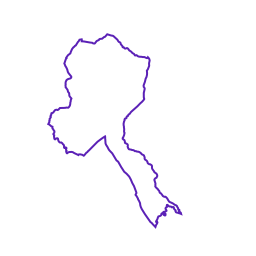 Chivatá, Boyacá, Colombia (Albers equal-area conic projection), rotated 119°
{"feature_id": "7082276B72366635379650", "entity_name": "Chivatá", "entity_type": "district", "adm_level": 2, "iso_a3": "COL", "parent_name": "Colombia", "parent_adm1": "Boyacá", "projection": "albers", "projection_center": [-73.258, 5.58], "detail": "fine", "context": "isolated", "style": "outline", "palette": "violet", "viewbox_px": 256, "rotation_deg": 119, "n_neighbors": 0, "source": "geoboundaries", "source_scale": "gbopen_adm2", "svg_char_len": 5816}
<svg xmlns="http://www.w3.org/2000/svg" viewBox="0 0 256 256"><g transform="rotate(119 128 128)"><path d="M201.3,56.0L200.7,56.1L199.5,56.4L197.3,56.3L196.3,56.5L195.9,57.0L196.1,57.4L196.5,57.6L196.4,58.0L195.5,58.2L194.4,58.1L192.8,58.2L191.8,58.5L190.6,58.5L189.4,57.3L188.5,56.8L187.9,56.8L186.7,57.2L186.1,56.9L185.8,56.4L185.9,56.0L186.0,55.6L186.4,55.2L186.7,54.5L186.7,53.7L186.6,53.3L186.3,53.0L186.0,53.0L185.1,53.4L184.8,53.8L184.9,54.4L185.3,54.9L185.1,55.7L185.3,56.3L184.9,56.4L184.1,56.2L182.8,54.7L181.7,54.2L181.2,54.7L180.5,56.0L180.1,56.2L179.7,56.3L179.0,56.2L178.4,55.7L178.1,55.7L177.6,56.0L177.2,56.4L176.4,56.6L176.2,56.4L176.1,56.1L176.5,54.8L176.6,53.9L175.9,52.3L176.1,51.0L175.9,50.8L175.4,50.5L175.2,50.3L175.2,49.5L175.9,48.9L176.6,48.1L176.9,46.6L177.1,46.3L177.8,46.1L178.4,45.2L178.3,44.7L178.3,44.2L177.9,43.1L177.9,42.5L177.5,40.9L177.4,39.9L177.0,40.3L176.7,40.5L176.3,41.4L176.4,41.8L176.8,42.5L176.7,42.6L176.4,42.8L175.8,42.9L175.8,43.3L175.7,43.4L175.1,43.2L174.7,43.5L174.8,44.4L174.8,44.6L173.7,45.5L173.0,46.9L172.5,47.4L172.3,48.4L172.5,49.5L172.2,52.5L172.5,55.9L172.4,56.4L171.4,58.3L170.6,59.5L170.1,61.1L170.0,61.5L170.1,62.3L170.5,62.7L170.6,63.2L170.6,64.4L170.4,64.9L170.0,65.6L169.2,67.5L169.2,68.7L169.0,69.1L168.4,69.6L167.9,70.2L167.6,71.3L167.1,72.0L166.8,73.5L166.5,74.0L166.5,74.6L165.9,75.8L164.8,76.2L164.4,76.6L163.7,76.8L163.2,77.1L160.7,79.7L160.3,79.9L159.4,79.9L158.5,79.6L157.7,79.0L155.9,79.1L155.5,79.3L154.9,79.8L154.1,81.0L154.0,82.4L153.8,83.6L153.4,84.0L152.2,86.6L151.8,87.2L151.1,87.8L149.6,88.6L149.1,89.4L149.0,90.5L149.0,91.1L149.4,91.8L149.3,93.0L149.2,93.5L148.9,94.0L148.3,94.5L147.7,95.4L147.5,96.0L147.3,97.9L146.8,98.6L145.6,99.2L144.8,100.2L144.3,100.7L144.2,101.3L144.3,103.3L143.8,104.3L143.5,106.3L143.8,107.7L144.3,108.7L144.3,109.4L144.6,110.3L144.9,110.8L144.7,112.0L144.9,113.0L145.3,113.8L145.4,114.9L145.8,115.8L146.1,117.0L145.4,118.3L145.0,118.6L144.7,119.1L144.5,119.3L143.9,119.4L143.5,119.6L142.8,120.1L142.5,120.6L142.4,121.5L142.5,123.1L142.4,123.5L141.2,124.3L140.4,125.2L140.3,125.6L140.3,126.4L140.1,126.7L140.1,127.3L139.9,127.5L139.2,127.8L138.1,127.7L136.0,128.0L134.1,128.6L134.1,128.8L132.9,129.8L131.0,130.7L130.1,131.3L129.7,131.7L128.8,132.2L128.2,132.7L127.9,133.0L126.5,133.9L124.3,134.6L122.9,134.7L122.1,135.2L121.6,135.2L121.0,135.0L120.5,134.4L120.1,134.2L119.0,134.6L118.0,134.4L117.8,134.2L117.7,134.0L117.5,133.9L117.0,133.9L116.2,134.1L114.5,133.3L113.8,133.3L112.4,133.1L104.5,130.3L100.4,129.2L98.5,128.5L96.9,128.1L95.1,127.8L94.8,128.1L94.3,128.2L93.6,129.0L89.7,131.2L85.6,132.4L84.9,133.1L84.4,134.2L83.2,135.0L79.4,135.6L76.2,136.5L74.7,136.5L73.2,136.9L72.2,137.2L70.6,138.0L68.7,139.3L67.0,139.1L63.5,139.6L63.0,139.8L62.3,140.3L61.1,141.0L58.7,141.7L58.3,141.9L57.3,142.9L56.8,143.9L56.7,144.1L56.5,144.8L57.1,144.7L57.3,144.8L57.3,145.1L57.8,145.6L58.0,148.0L58.9,149.7L59.1,150.5L60.1,152.6L60.4,153.6L60.4,154.4L60.2,155.4L60.2,155.9L61.1,156.9L61.1,157.2L60.3,158.7L60.3,159.3L60.3,160.5L59.7,162.1L59.5,164.6L58.7,166.2L58.5,167.2L58.7,167.8L59.7,168.6L60.0,169.3L59.9,169.9L59.5,170.9L59.8,171.3L59.9,171.8L59.2,172.4L58.2,174.9L57.1,176.0L57.0,176.4L57.1,177.8L56.7,178.8L55.9,180.1L55.7,181.0L54.7,185.2L54.7,186.0L55.3,187.7L56.1,191.6L58.4,192.1L59.5,192.4L60.2,193.1L62.4,193.9L63.7,195.7L64.2,196.1L65.3,196.2L66.3,197.0L67.2,197.6L70.0,198.0L70.4,198.3L70.9,199.5L70.8,200.6L71.7,202.8L73.6,208.3L74.6,210.5L73.6,210.9L72.9,211.5L74.3,213.2L76.0,213.2L77.0,213.5L81.1,213.7L81.8,214.2L82.9,214.4L84.0,214.9L86.1,215.2L89.3,214.9L90.7,214.6L93.5,215.8L96.5,216.1L96.7,215.6L97.8,215.8L101.6,215.1L102.4,215.0L103.3,213.8L104.1,212.9L104.9,211.4L106.3,209.5L108.0,207.9L108.8,206.7L110.3,203.0L110.5,202.6L110.9,202.3L111.5,202.1L112.5,202.4L114.2,204.1L115.2,204.7L116.1,205.0L118.0,204.8L119.2,204.3L119.9,203.7L120.8,203.5L121.8,202.7L122.5,202.4L123.9,199.4L125.4,198.0L126.0,196.5L126.3,196.2L128.0,195.1L128.4,194.7L129.0,193.5L129.6,191.8L131.5,191.5L132.6,191.0L134.0,190.7L134.8,190.2L136.6,189.7L138.3,189.8L139.2,190.1L139.3,190.3L140.0,191.8L140.9,192.8L143.5,197.2L145.4,197.7L146.2,198.1L146.4,198.3L146.6,199.2L146.9,199.7L147.6,200.4L149.5,200.8L150.5,200.8L151.7,201.5L151.9,201.9L152.1,202.1L152.7,202.0L153.5,201.6L153.8,201.5L154.4,201.7L154.7,201.5L155.3,201.5L155.5,201.4L155.5,201.1L155.8,200.8L157.3,200.8L157.9,201.0L158.3,200.9L159.0,200.3L160.1,200.3L160.7,199.7L161.2,199.6L162.2,199.7L163.2,199.6L163.1,198.8L163.7,195.7L163.5,194.7L164.8,194.0L165.1,193.7L165.4,192.7L165.9,192.1L166.5,190.8L167.5,190.3L168.1,190.2L168.9,190.4L169.3,190.4L169.7,190.2L170.1,189.0L171.0,188.8L171.5,188.4L173.1,187.2L173.3,186.7L173.3,186.3L172.0,185.7L171.3,185.0L171.2,184.5L171.3,184.1L172.9,182.7L173.6,181.3L173.7,180.8L173.6,180.3L173.0,179.3L173.2,178.0L173.8,177.0L173.8,176.3L174.1,175.8L174.7,175.2L175.9,174.6L176.3,173.9L176.1,173.5L175.4,173.3L175.2,173.1L175.2,172.5L175.3,172.2L175.6,172.0L176.9,171.8L177.2,171.6L177.6,170.8L178.3,170.8L178.7,170.6L179.6,169.5L179.7,169.3L179.6,169.0L179.4,168.8L178.6,168.8L177.4,167.6L176.2,165.6L175.9,164.6L176.0,162.8L175.7,158.3L175.1,158.3L174.8,158.0L174.2,157.0L173.6,155.0L173.7,153.3L173.4,153.1L169.7,152.4L168.9,151.9L167.5,151.7L167.2,151.5L166.2,151.2L154.8,148.0L151.2,146.4L148.5,145.1L146.5,144.0L147.0,143.5L147.5,143.4L149.2,142.2L152.2,140.3L152.9,139.6L153.7,138.4L154.4,137.0L156.2,134.3L156.8,132.8L157.8,129.5L161.9,122.4L162.2,120.5L162.4,120.0L165.6,114.8L166.1,113.8L168.1,110.1L168.7,107.0L169.9,103.4L171.6,100.7L174.1,97.5L175.9,94.6L180.1,89.7L180.8,89.1L181.7,89.1L182.8,89.0L183.4,87.5L184.9,85.1L185.5,84.6L186.4,83.0L187.9,81.0L189.5,79.9L190.8,78.6L192.2,76.7L195.1,71.5L199.4,62.7L199.5,61.4L200.1,59.8L201.3,56.0Z" fill="none" stroke="#5b21b6" stroke-width="2"/></g></svg>